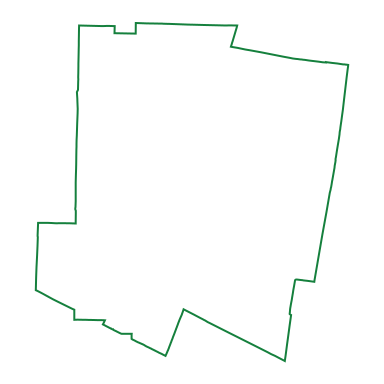 the district of Bailesti, Dolj, Romania, rotated 270°
{"feature_id": "2599482B66668126820138", "entity_name": "Bailesti", "entity_type": "district", "adm_level": 2, "iso_a3": "ROU", "parent_name": "Romania", "parent_adm1": "Dolj", "projection": "equal_earth", "projection_center": [23.267, 44.009], "detail": "fine", "context": "isolated", "style": "outline", "palette": "green", "viewbox_px": 384, "rotation_deg": 270, "n_neighbors": 0, "source": "geoboundaries", "source_scale": "gbopen_adm2", "svg_char_len": 5425}
<svg xmlns="http://www.w3.org/2000/svg" viewBox="0 0 384 384"><g transform="rotate(270 192 192)"><path d="M321.8,326.6L321.9,326.1L321.5,326.1L321.6,324.8L321.7,322.9L322.3,318.8L322.9,313.9L323.1,312.1L323.5,308.9L324.1,305.0L324.2,304.0L324.3,302.9L324.5,301.8L324.6,300.2L324.7,299.4L324.9,298.1L325.0,297.2L325.1,295.9L325.5,292.8L326.1,289.9L327.4,282.9L331.7,261.1L333.7,250.1L334.5,245.3L336.1,237.7L337.0,232.3L337.0,232.2L337.3,230.9L339.7,231.7L340.9,232.0L342.7,232.6L356.5,236.7L358.5,237.2L358.6,230.1L358.6,228.4L358.5,226.1L358.7,217.8L359.0,204.2L359.3,193.0L359.4,188.3L360.1,169.6L360.2,165.4L360.3,163.0L360.4,162.0L360.4,160.0L360.5,153.9L360.6,146.6L361.0,135.8L350.4,135.7L350.8,114.5L357.9,114.7L358.1,107.5L357.9,102.9L358.2,91.0L358.5,79.1L355.3,79.0L348.1,78.9L342.9,78.8L338.6,78.8L335.0,78.7L329.4,78.6L324.6,78.5L320.4,78.4L317.7,78.4L310.5,78.3L306.8,78.2L304.6,78.3L302.8,78.2L298.6,78.1L294.2,78.0L291.9,76.9L285.7,77.3L282.6,77.4L275.2,77.7L270.7,77.6L260.7,77.2L248.3,76.8L244.4,76.6L240.1,76.5L237.2,76.5L234.6,76.4L228.5,76.3L219.8,76.2L215.4,76.1L209.2,75.9L205.5,75.8L201.7,75.7L182.8,75.7L176.8,75.5L175.9,75.3L175.2,75.3L174.7,75.3L174.2,75.4L173.9,75.6L173.3,75.8L170.4,75.8L162.7,75.7L160.5,75.7L160.7,70.4L160.8,63.8L160.8,62.7L160.8,62.1L160.8,58.6L160.7,56.8L160.8,54.7L161.0,51.3L161.1,48.5L161.1,45.6L161.1,38.5L161.1,38.1L148.7,37.6L147.7,37.6L147.2,37.8L146.5,37.8L143.5,37.7L137.8,37.5L128.6,37.1L116.8,36.5L108.5,36.2L105.4,36.1L97.1,35.9L93.8,35.8L93.5,36.5L93.0,37.6L91.2,41.1L86.6,49.5L84.6,53.2L82.3,57.8L78.7,65.1L75.2,72.2L74.3,74.3L71.7,74.3L64.2,74.3L64.3,76.9L64.3,78.5L64.2,83.4L64.2,85.6L64.1,88.1L64.0,93.5L63.9,96.8L63.9,99.8L63.8,103.5L63.7,104.9L63.3,104.7L62.6,104.4L61.3,103.8L61.1,103.7L60.9,103.6L60.5,103.4L59.9,103.1L59.6,102.9L59.3,103.3L59.1,103.9L58.8,104.5L58.4,105.2L58.0,105.9L57.5,106.9L57.1,107.7L56.3,109.2L55.5,110.9L55.5,111.2L55.4,111.3L55.2,111.3L54.9,112.0L54.5,112.9L54.6,113.1L54.2,113.3L53.7,114.2L53.0,115.7L52.8,116.1L52.7,116.4L52.5,116.6L52.3,117.1L52.2,117.3L51.8,118.1L51.5,118.6L51.4,118.9L51.2,119.3L50.9,119.9L50.8,120.1L50.3,121.2L50.2,121.7L50.2,122.1L50.2,122.8L50.2,123.2L50.2,123.5L50.2,124.3L50.2,124.6L50.2,125.3L50.2,126.0L50.2,126.4L50.2,126.7L50.2,127.1L50.2,127.4L50.2,127.8L50.2,128.9L50.2,130.0L50.2,130.3L50.2,130.8L50.2,131.3L50.2,131.7L49.3,131.6L48.6,131.6L47.2,131.6L45.1,131.6L44.9,131.9L44.8,132.1L44.6,132.3L44.3,132.8L44.2,133.1L43.5,134.6L42.8,135.8L42.2,137.0L41.7,138.0L41.3,139.1L41.2,139.2L41.1,139.4L40.8,140.2L40.7,140.3L40.6,140.6L40.5,140.9L40.4,141.1L40.3,141.3L40.1,141.6L40.1,141.8L39.9,142.3L39.8,142.5L39.7,142.6L39.6,142.9L39.6,143.0L39.4,143.3L39.1,143.9L38.8,144.5L38.6,144.7L38.4,145.0L38.2,145.3L38.1,145.6L37.7,146.1L37.6,146.4L37.2,147.2L36.5,148.8L36.4,149.0L36.1,149.5L35.8,150.1L35.7,150.5L35.5,150.8L35.3,151.2L35.3,151.3L35.1,151.5L34.9,151.9L34.9,152.0L34.7,152.4L34.6,152.6L34.3,153.1L34.2,153.3L34.2,153.5L34.0,153.9L33.8,154.1L33.7,154.3L33.6,154.6L33.5,154.8L33.4,154.9L33.4,155.0L33.2,155.5L32.9,155.9L32.8,156.1L32.7,156.3L32.6,156.5L32.4,157.0L32.2,157.3L32.1,157.5L32.0,157.8L31.7,158.3L31.6,158.5L31.3,159.0L30.9,159.9L30.6,160.6L30.4,161.0L30.1,161.7L29.6,162.6L29.4,163.0L29.2,163.3L29.1,163.6L28.9,163.9L28.8,164.2L28.7,164.5L28.5,164.8L28.3,165.1L28.2,165.3L28.1,165.5L29.9,166.3L30.3,166.5L30.8,166.7L31.7,167.1L32.7,167.5L33.2,167.7L33.7,168.0L34.8,168.4L35.3,168.6L35.7,168.8L36.7,169.1L40.0,170.4L40.9,170.7L41.4,170.9L41.8,171.1L42.3,171.3L43.3,171.6L44.7,172.2L45.2,172.4L45.7,172.6L46.7,172.9L47.7,173.3L48.2,173.5L48.7,173.7L49.7,174.1L53.7,175.6L54.7,176.0L55.4,176.2L55.8,176.4L56.1,176.5L56.8,176.8L57.2,176.9L57.5,177.0L58.2,177.3L59.0,177.6L60.1,178.0L60.4,178.1L60.8,178.2L61.2,178.4L61.5,178.5L62.2,178.8L62.6,178.9L62.9,179.1L63.6,179.3L64.3,179.6L65.0,179.9L65.7,180.2L66.4,180.5L67.1,180.8L68.2,181.3L68.9,181.6L69.6,181.9L70.0,182.0L70.4,182.1L71.1,182.4L71.4,182.5L72.5,182.9L73.5,183.2L74.0,183.4L74.7,183.6L73.4,186.1L69.5,193.7L69.2,194.3L68.7,195.2L67.7,197.1L65.8,200.7L64.8,202.7L64.0,204.1L63.6,205.0L61.9,207.7L61.0,209.6L50.9,229.6L46.8,237.8L36.3,258.7L31.7,267.8L29.9,271.1L28.2,274.9L26.2,278.7L23.4,284.1L23.0,284.8L27.7,285.5L33.0,286.2L39.9,287.1L46.4,288.0L58.3,289.6L69.0,291.1L69.2,290.8L69.3,290.6L69.4,290.4L69.6,290.1L69.7,289.9L69.9,289.7L70.0,289.7L70.4,289.7L70.9,289.7L71.3,289.8L71.7,289.9L72.3,289.9L73.3,290.0L74.8,290.1L76.2,290.3L77.3,290.5L78.5,290.7L80.2,291.0L81.3,291.2L83.3,291.6L85.0,291.9L85.8,292.0L90.5,292.8L93.8,293.3L98.1,294.1L102.8,294.9L103.8,295.1L104.2,295.5L104.4,295.9L104.5,296.1L104.5,296.4L104.5,296.7L104.3,298.3L104.0,300.7L103.8,302.6L103.6,303.4L103.2,307.1L102.8,310.1L102.2,314.3L104.3,314.6L149.6,322.4L172.1,326.5L191.3,329.8L194.3,330.6L195.1,330.7L195.7,330.8L196.8,331.1L197.2,331.2L197.9,331.3L199.6,331.6L202.9,332.1L203.7,332.3L207.1,332.9L216.2,334.5L218.3,334.7L222.0,335.4L223.0,335.5L223.3,335.6L223.8,335.6L224.1,335.5L224.5,335.6L225.4,335.6L226.7,335.9L234.5,337.1L239.9,338.0L245.2,338.9L249.5,339.5L252.0,339.7L253.7,340.0L254.6,340.2L256.5,340.4L259.4,340.8L262.7,341.3L268.7,342.1L274.4,342.9L284.1,344.0L307.1,346.7L314.3,347.6L317.8,348.1L319.1,348.2L319.3,346.9L319.3,346.7L319.3,346.3L319.3,346.2L319.4,345.9L319.4,345.4L319.5,345.1L319.6,344.4L319.6,343.7L319.6,343.1L320.5,337.4L321.1,331.9L321.8,326.6Z" fill="none" stroke="#15803d" stroke-width="2"/></g></svg>